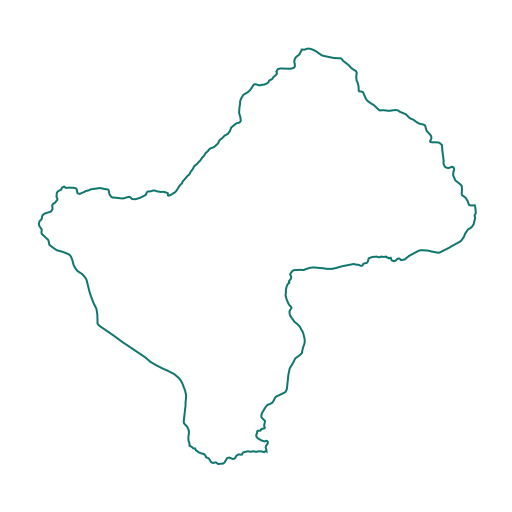 the district of Maliana, Bobonaro, East Timor, rotated 92°
{"feature_id": "22284137B67837040381832", "entity_name": "Maliana", "entity_type": "district", "adm_level": 2, "iso_a3": "TLS", "parent_name": "East Timor", "parent_adm1": "Bobonaro", "projection": "orthographic", "projection_center": [125.209, -8.986], "detail": "fine", "context": "isolated", "style": "outline", "palette": "teal", "viewbox_px": 512, "rotation_deg": 92, "n_neighbors": 0, "source": "geoboundaries", "source_scale": "gbopen_adm2", "svg_char_len": 6026}
<svg xmlns="http://www.w3.org/2000/svg" viewBox="0 0 512 512"><g transform="rotate(92 256 256)"><path d="M105.3,122.3L106.3,128.2L105.8,134.2L106.1,135.9L106.1,137.8L100.9,143.7L99.4,146.7L96.6,150.5L94.4,152.0L88.5,154.8L88.0,156.4L87.8,158.7L87.0,159.1L82.4,159.5L79.0,160.6L77.1,161.6L73.1,162.1L70.8,161.8L69.2,161.8L67.6,162.6L66.8,164.3L64.9,167.3L63.5,168.5L61.1,171.3L58.2,175.4L55.9,177.4L55.5,178.3L55.4,185.2L53.5,196.2L52.9,197.7L49.1,203.5L47.8,206.5L47.0,209.2L46.9,211.6L48.1,214.9L48.1,217.5L48.5,217.4L50.4,218.5L52.8,219.5L53.8,220.5L55.4,222.6L57.4,224.0L60.0,224.5L61.0,224.5L62.7,223.9L64.5,223.8L65.7,224.0L66.7,225.0L67.4,226.8L67.7,229.7L67.7,238.0L68.4,240.6L71.1,242.1L71.6,241.7L73.0,241.5L74.2,242.3L76.9,245.1L78.7,246.1L79.9,248.5L80.4,249.1L81.6,249.5L82.8,250.5L84.4,253.7L84.7,256.1L85.3,258.1L85.3,259.1L84.9,260.1L84.3,262.7L84.8,264.2L90.0,267.4L91.6,268.8L92.5,269.8L95.3,274.2L99.2,276.4L101.8,277.2L105.0,277.3L107.8,277.7L113.4,277.9L118.5,276.3L121.7,276.0L122.4,276.4L123.4,277.6L123.8,279.4L124.4,280.6L128.4,285.2L132.6,286.6L133.4,287.5L135.0,288.4L136.8,291.6L139.4,293.9L141.4,296.3L142.6,297.1L144.6,297.7L148.1,301.1L149.1,302.7L149.9,305.0L151.2,306.7L152.5,307.4L155.1,310.1L157.8,311.5L159.7,313.3L162.6,315.1L164.3,316.8L166.2,318.2L168.3,320.8L171.8,322.5L173.7,324.0L176.8,325.4L178.0,326.9L184.4,332.1L185.7,332.3L188.1,334.6L193.7,337.9L194.9,338.9L195.9,340.1L196.1,340.7L197.6,342.7L198.8,345.4L198.5,346.1L196.3,346.4L195.7,347.9L195.1,350.6L195.3,353.9L194.8,357.3L194.1,359.6L194.1,361.1L194.7,362.4L195.2,364.4L195.2,365.8L195.6,366.8L196.2,367.3L198.9,368.4L201.8,373.7L203.4,378.2L203.5,381.2L203.3,381.9L201.6,383.8L201.3,385.2L203.0,390.3L203.2,391.6L202.5,400.3L202.6,401.3L201.8,402.9L199.4,404.6L197.4,405.2L195.8,405.4L195.1,405.8L194.6,406.6L194.4,409.4L193.7,412.8L193.6,414.9L195.2,423.6L196.2,425.3L197.1,428.6L198.0,429.9L200.1,434.3L199.7,436.1L199.3,436.6L198.1,437.0L196.8,437.1L195.1,437.9L194.6,438.5L194.2,441.1L194.2,445.4L194.6,448.5L193.3,450.2L194.5,452.3L196.6,453.1L197.8,455.5L198.9,456.7L199.8,457.2L203.6,457.5L205.7,456.5L206.8,456.6L209.7,458.6L211.0,460.6L212.6,461.5L215.1,461.0L216.2,461.1L218.1,462.0L218.7,462.4L221.1,469.0L222.3,470.3L223.2,470.9L224.0,471.2L226.3,471.4L227.5,472.2L228.2,473.1L230.3,474.0L231.8,474.1L232.7,473.9L234.0,473.3L236.9,471.1L240.6,471.2L241.5,470.8L247.0,464.4L248.7,463.6L252.1,462.9L256.3,456.8L257.3,454.9L258.6,449.3L260.1,445.1L261.1,442.7L262.1,441.6L263.7,440.6L266.2,439.5L271.3,438.0L274.1,436.4L277.2,434.0L280.0,429.3L281.2,427.9L284.8,425.0L286.5,424.3L297.4,421.2L302.4,419.4L308.9,416.6L314.1,413.8L316.4,413.2L320.4,412.5L329.2,412.0L329.9,411.4L331.1,410.3L340.3,395.8L346.6,386.6L361.1,363.2L365.5,357.8L368.6,352.1L372.0,344.7L373.5,340.8L376.8,333.7L380.7,328.8L382.8,327.0L385.6,325.3L392.9,322.2L397.5,321.0L400.8,321.0L405.1,321.3L408.0,321.2L424.0,322.5L425.9,322.0L429.2,318.7L431.7,317.5L433.6,316.9L434.7,316.9L437.3,317.0L438.7,317.3L442.5,317.1L445.8,315.9L447.9,315.9L449.0,313.6L450.5,311.8L450.5,310.1L452.3,309.3L453.2,307.7L454.2,306.7L454.6,305.0L455.4,303.4L455.4,302.3L455.8,301.0L457.4,299.5L458.6,299.1L459.1,298.5L459.5,297.0L460.2,296.0L461.2,295.1L463.4,293.9L463.9,293.2L464.3,291.6L463.7,289.5L463.9,288.4L465.1,286.9L465.1,285.8L464.5,281.4L463.5,280.3L459.4,278.0L458.8,277.4L458.4,275.5L459.7,272.2L459.2,270.4L458.4,269.6L456.8,269.0L455.5,267.5L454.9,266.6L454.9,265.7L455.1,264.7L454.9,263.1L453.8,262.7L452.7,261.8L451.6,258.1L451.5,256.4L451.8,255.1L451.5,252.6L451.2,251.7L451.8,249.0L451.1,247.0L451.1,243.9L451.7,241.0L450.5,239.5L451.0,238.7L448.9,239.0L447.2,239.7L445.6,239.4L442.6,237.6L441.1,237.8L440.5,238.5L440.3,239.2L440.9,240.7L440.9,241.5L440.0,244.4L438.1,247.8L436.5,249.3L435.5,249.5L434.2,249.4L433.1,248.8L431.0,248.6L430.6,247.9L430.4,245.6L430.0,245.1L429.2,245.0L428.5,244.0L428.1,241.8L427.3,241.2L426.0,241.8L424.8,241.9L420.6,241.2L417.4,244.6L416.5,245.1L413.3,244.8L407.2,241.5L404.3,239.3L403.6,237.0L401.8,234.4L400.3,233.5L396.8,231.9L395.9,231.1L391.6,222.9L390.8,221.8L387.9,220.5L373.6,219.5L367.2,218.4L361.6,215.3L357.0,213.2L353.5,208.7L351.3,206.7L349.9,206.6L345.5,205.7L341.8,204.5L339.8,204.3L337.3,204.5L332.2,205.9L329.9,206.8L327.9,208.2L325.1,209.7L322.2,212.8L320.4,215.3L315.0,219.4L312.5,220.4L310.1,220.6L306.6,218.8L305.8,218.9L304.3,220.6L302.7,221.8L298.3,223.9L294.4,225.1L290.7,224.8L289.6,225.0L285.2,224.3L283.0,223.3L281.6,221.8L281.0,222.2L280.0,222.2L278.0,220.6L276.3,220.1L275.6,220.1L273.0,221.2L272.1,220.8L269.6,219.0L268.9,217.8L268.5,215.2L268.3,210.4L268.4,208.0L267.2,205.3L265.9,201.6L265.4,197.8L266.0,187.2L266.4,185.0L266.2,179.5L265.4,176.2L263.2,169.4L260.6,158.2L261.2,154.9L261.2,153.1L262.1,151.1L262.2,150.4L261.8,149.3L260.0,148.4L259.5,147.0L259.1,145.2L258.7,144.7L257.2,143.9L254.4,143.3L252.9,139.7L252.4,135.0L252.8,134.2L253.0,132.4L252.2,130.8L252.5,129.0L252.1,125.8L252.8,125.5L253.1,123.6L253.7,123.2L253.1,121.3L255.6,120.3L256.4,118.1L255.9,116.5L253.8,114.4L253.5,113.0L254.1,111.7L255.1,110.8L254.3,107.3L250.7,103.2L245.1,93.7L244.4,91.1L244.6,84.1L245.3,81.2L246.3,74.6L246.3,72.9L241.1,63.4L239.4,60.9L234.5,52.6L233.2,51.2L230.8,49.6L229.5,48.8L226.8,48.0L222.1,45.1L220.2,42.1L218.4,40.6L216.6,39.6L210.8,38.4L210.0,38.3L208.1,39.0L206.6,38.5L205.8,37.9L204.7,37.9L199.3,38.6L197.6,39.3L198.0,41.5L198.0,43.0L197.6,44.7L196.1,45.6L194.1,46.2L190.5,48.5L187.9,52.3L186.6,52.6L181.8,52.5L178.6,52.9L177.5,54.0L173.5,59.4L168.5,61.8L164.6,61.6L163.3,61.1L162.2,61.0L161.2,61.3L160.0,62.5L160.1,63.4L161.3,66.4L161.4,67.5L160.9,69.1L160.2,70.3L159.5,70.8L157.2,71.9L154.1,71.8L143.2,73.6L139.7,73.8L138.4,74.2L136.7,76.4L136.2,77.5L136.1,81.8L136.3,83.4L136.0,85.5L135.5,86.0L134.5,85.8L133.3,85.1L132.0,84.8L130.7,85.0L129.5,85.5L128.3,86.5L125.1,89.8L119.5,91.7L118.8,93.4L118.0,97.4L117.0,99.5L114.2,103.7L113.2,106.4L112.3,107.8L109.1,111.2L106.8,117.4L105.6,119.1L105.3,120.7L105.3,122.3Z" fill="none" stroke="#0f766e" stroke-width="2"/></g></svg>